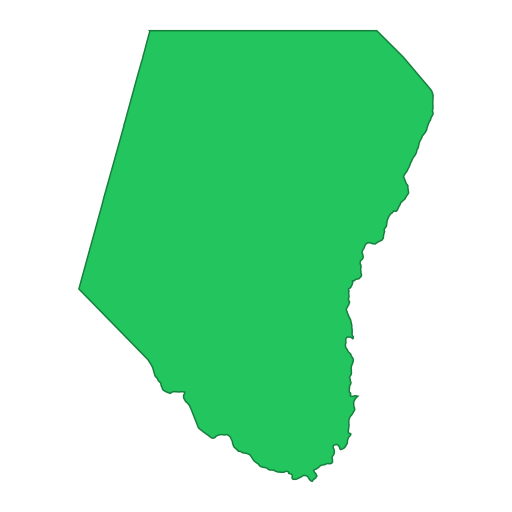 Susques, Jujuy, Argentina (Robinson projection)
{"feature_id": "61730980B41665984357705", "entity_name": "Susques", "entity_type": "district", "adm_level": 2, "iso_a3": "ARG", "parent_name": "Argentina", "parent_adm1": "Jujuy", "projection": "robinson", "projection_center": [-66.504, -23.606], "detail": "fine", "context": "isolated", "style": "filled", "palette": "green", "viewbox_px": 512, "rotation_deg": 0, "n_neighbors": 0, "source": "geoboundaries", "source_scale": "gbopen_adm2", "svg_char_len": 6112}
<svg xmlns="http://www.w3.org/2000/svg" viewBox="0 0 512 512"><path d="M407.9,185.7L406.2,183.4L403.5,176.4L404.7,174.3L405.9,172.6L406.8,171.5L409.6,165.8L410.5,163.2L412.0,160.2L413.0,158.0L415.1,155.1L416.4,152.6L416.8,150.6L417.2,149.2L418.2,147.8L418.7,145.5L419.1,143.2L420.1,140.8L421.8,137.7L422.2,136.2L425.3,132.4L426.7,129.7L427.0,127.9L428.6,123.4L429.5,121.4L430.5,120.0L430.9,118.1L432.7,114.8L433.1,113.9L432.8,111.7L432.4,111.0L432.6,109.9L433.0,108.3L432.8,102.7L433.0,97.5L433.1,95.3L432.6,93.5L432.0,91.7L431.4,90.5L430.1,88.8L403.2,57.0L376.8,30.7L149.6,30.7L149.9,31.0L147.1,41.1L144.3,51.8L143.5,54.5L142.3,59.6L141.5,61.8L137.2,77.0L126.8,115.0L125.1,121.3L124.0,124.9L123.5,127.4L111.8,169.4L111.0,172.3L110.8,172.9L103.9,197.5L101.9,205.4L88.7,253.2L82.3,276.5L81.1,280.8L78.9,289.0L147.8,359.5L150.9,364.2L152.7,367.7L154.3,373.4L154.8,375.1L155.5,376.6L156.9,377.8L157.6,379.2L158.3,380.7L160.8,383.2L161.2,385.8L162.1,387.6L162.5,389.1L163.4,390.2L164.8,391.1L166.5,392.0L170.3,393.4L172.5,391.8L173.8,391.7L175.8,391.7L179.2,392.0L181.1,391.7L182.2,391.7L184.7,392.1L184.6,392.8L184.6,393.5L184.2,394.3L183.7,394.9L183.5,396.2L183.7,397.8L184.0,398.7L184.7,399.6L185.0,400.5L186.2,402.1L187.4,402.9L189.5,405.6L191.0,408.9L198.3,427.5L199.1,428.5L202.2,430.9L203.3,431.9L204.1,432.4L204.8,432.9L208.4,435.5L210.7,437.3L211.9,438.0L213.0,438.2L214.2,437.9L215.4,437.2L216.0,436.2L217.8,435.4L219.0,434.8L220.2,434.8L221.3,434.6L222.8,434.6L223.8,435.0L225.7,434.8L226.4,434.5L228.4,435.3L229.9,436.6L230.7,437.7L231.5,439.8L232.2,440.9L232.6,443.3L233.7,446.5L234.6,447.6L235.3,448.1L235.9,448.8L236.8,449.2L237.5,450.4L238.3,450.9L238.5,451.3L240.7,451.5L241.5,452.1L243.2,453.0L244.5,453.0L246.4,453.3L248.5,454.1L249.9,454.9L251.5,456.9L252.1,458.2L253.9,460.7L254.9,461.5L255.7,462.3L258.1,463.8L259.1,465.2L260.2,466.3L262.0,467.0L262.6,467.1L264.2,467.5L265.7,467.6L266.8,468.1L268.8,469.7L270.1,470.0L272.0,470.0L273.7,470.2L275.1,471.0L276.6,471.6L277.9,472.0L280.0,472.1L281.4,472.3L282.5,472.2L283.9,472.3L284.6,471.9L285.6,471.3L286.4,471.3L288.2,471.7L288.7,472.2L288.7,473.4L291.4,474.1L292.0,475.0L292.4,475.8L292.1,476.9L292.0,478.0L293.0,479.3L294.1,479.3L294.7,479.1L295.7,479.4L296.3,479.2L301.1,477.0L303.1,475.5L305.1,475.5L305.8,475.6L306.9,476.0L308.3,477.3L309.2,479.1L309.8,479.9L310.6,480.5L311.1,481.0L312.3,481.3L313.6,479.2L314.6,478.9L315.8,477.9L316.2,476.9L316.9,475.9L315.6,473.3L314.9,472.8L314.2,471.7L313.7,470.8L313.7,470.3L314.8,469.4L315.1,469.4L316.2,469.1L317.5,468.2L318.4,467.6L319.9,466.1L321.1,465.4L322.1,465.0L323.2,464.8L324.8,464.7L325.0,464.4L327.1,463.6L327.7,463.6L330.5,463.7L331.7,463.1L332.6,461.9L332.4,460.8L332.5,459.7L332.0,457.6L332.2,456.7L333.8,454.5L334.0,453.6L334.4,452.6L334.3,451.6L334.3,450.5L334.1,449.6L333.8,448.9L333.2,447.9L333.2,446.1L333.8,445.3L335.0,444.7L336.2,444.6L337.0,444.5L338.0,445.1L339.6,447.4L339.9,448.9L340.8,449.6L343.6,448.4L344.7,447.5L346.3,445.0L346.7,444.3L347.4,442.9L347.4,441.3L347.8,439.2L348.3,438.0L349.1,436.6L349.9,435.9L350.7,434.9L350.7,433.7L349.4,433.3L348.6,432.9L348.3,431.9L348.3,430.6L348.5,429.5L348.7,428.4L348.8,426.5L349.1,425.0L348.8,423.5L348.9,421.9L348.8,420.5L349.1,419.4L349.8,417.3L350.2,416.6L351.2,415.5L352.1,414.4L352.8,413.1L354.3,410.6L354.7,409.6L354.6,408.1L354.1,406.9L353.9,406.2L353.7,404.7L353.7,401.7L354.4,400.6L355.1,399.1L355.7,398.5L356.1,397.8L356.9,397.1L357.9,396.2L354.9,395.7L353.6,396.3L352.1,396.3L350.8,396.1L350.1,395.1L350.7,394.3L350.5,393.0L349.5,392.4L349.3,391.5L349.2,390.8L349.4,389.0L349.6,387.7L349.3,387.0L349.5,386.3L349.9,385.6L350.5,384.4L350.9,383.4L350.9,382.6L350.9,382.1L350.4,381.2L350.0,378.5L349.6,377.7L349.6,377.0L350.4,375.8L350.7,375.3L351.1,374.7L351.5,372.8L351.3,372.0L351.3,371.2L351.4,370.5L351.4,369.9L351.2,369.2L351.2,367.3L351.6,365.9L351.7,365.2L352.0,364.5L352.4,364.2L352.5,363.2L353.2,361.7L353.2,360.3L353.2,359.4L352.8,358.1L351.3,356.0L350.6,353.9L349.9,353.4L349.2,352.6L348.4,351.9L347.7,350.6L347.3,349.7L346.3,348.4L345.5,346.6L345.5,345.5L345.4,344.1L345.9,342.9L345.7,338.9L347.0,337.2L348.9,337.0L350.5,337.1L351.8,337.9L352.7,338.7L353.2,338.3L353.3,337.6L353.2,336.7L352.6,336.1L352.0,333.6L352.2,332.6L352.1,329.2L351.8,327.7L351.8,326.6L351.8,325.5L351.7,324.9L351.7,324.6L351.3,323.4L351.2,322.4L350.9,321.7L350.7,320.1L350.4,319.7L350.4,319.3L350.1,318.8L349.7,318.2L349.7,317.9L349.4,317.7L349.0,316.8L348.8,316.1L348.3,314.9L347.7,313.8L347.1,311.7L346.6,310.6L346.3,309.5L346.3,309.0L347.0,307.7L347.4,307.1L347.7,306.2L348.6,305.2L348.9,303.9L349.3,303.1L349.6,301.9L349.0,301.0L348.7,300.0L348.3,299.2L348.4,298.5L349.0,297.2L349.0,296.5L349.0,295.7L348.8,295.2L348.8,294.5L348.7,293.0L348.8,292.0L349.1,291.1L348.6,290.5L348.5,289.1L349.1,288.5L349.8,288.2L350.3,287.9L350.7,287.4L351.7,285.6L352.0,284.9L352.4,283.7L352.6,283.3L352.6,281.6L352.4,281.1L353.1,280.7L353.8,280.9L354.7,280.4L355.6,279.4L356.7,279.1L357.3,279.0L358.0,278.9L358.5,278.9L358.9,278.7L360.6,277.0L361.3,276.1L361.5,274.3L361.0,273.4L360.9,272.1L360.8,270.8L360.7,269.8L360.7,268.8L361.0,267.3L361.0,266.2L360.9,265.1L360.2,264.0L360.1,262.5L360.2,261.5L360.7,260.5L361.3,260.2L362.7,258.7L363.1,257.5L363.2,256.2L362.8,255.0L362.6,254.6L362.6,253.7L362.0,252.7L362.2,251.8L362.4,251.1L362.6,250.4L363.0,249.8L363.3,249.2L363.9,248.5L365.3,244.7L366.8,243.3L369.5,242.6L370.1,242.9L371.8,243.4L372.8,243.8L375.5,243.9L376.4,243.0L379.0,241.5L381.9,240.2L383.3,238.1L383.4,236.6L383.8,233.9L384.2,232.9L384.6,231.4L384.2,230.5L384.3,229.3L385.1,227.9L386.3,226.4L386.6,225.1L386.6,223.9L387.0,222.3L387.1,220.9L387.4,220.1L387.7,219.3L388.0,218.4L388.8,216.7L389.7,215.1L390.4,214.1L391.7,213.2L392.3,212.8L392.8,212.1L393.6,211.1L394.7,211.1L395.5,211.3L396.3,211.2L397.3,210.1L398.7,207.0L400.1,204.6L400.8,202.5L401.4,202.2L403.2,200.4L403.6,200.2L404.7,199.2L405.1,198.8L405.5,197.7L406.0,197.0L406.4,196.2L407.1,195.1L407.4,195.0L407.8,194.2L408.4,193.4L408.6,192.5L408.2,190.4L408.1,188.9L408.0,188.5L408.0,188.1L407.8,187.5L407.9,185.7Z" fill="#22c55e" stroke="#15803d" stroke-width="1.5"/></svg>